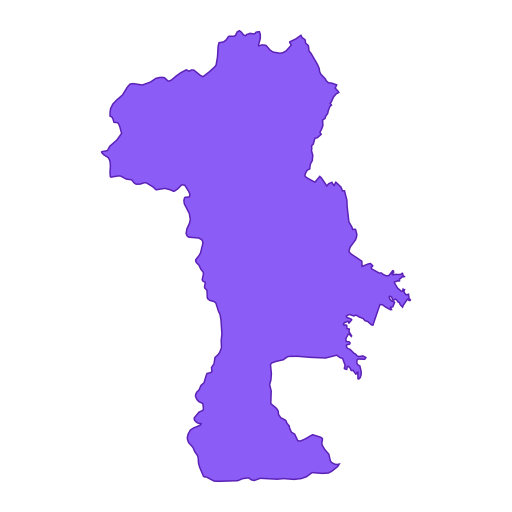 Phu Ninh, Quàng Nam, Vietnam (Natural Earth projection)
{"feature_id": "81297802B11022979046189", "entity_name": "Phu Ninh", "entity_type": "district", "adm_level": 2, "iso_a3": "VNM", "parent_name": "Vietnam", "parent_adm1": "Quàng Nam", "projection": "natural_earth1", "projection_center": [108.436, 15.511], "detail": "fine", "context": "isolated", "style": "filled", "palette": "violet", "viewbox_px": 512, "rotation_deg": 0, "n_neighbors": 0, "source": "geoboundaries", "source_scale": "gbopen_adm2", "svg_char_len": 6048}
<svg xmlns="http://www.w3.org/2000/svg" viewBox="0 0 512 512"><path d="M339.2,464.1L337.2,464.5L334.8,464.2L331.7,462.6L330.4,460.9L328.8,454.2L324.7,449.4L322.2,445.3L321.8,443.2L322.5,439.0L321.9,438.0L320.3,437.1L312.6,434.7L304.5,439.3L300.4,441.0L297.8,440.8L294.7,434.2L291.4,432.2L289.4,427.6L289.3,426.0L286.9,423.2L286.0,420.8L284.7,419.7L280.8,417.8L278.6,414.6L278.1,410.9L276.5,408.4L270.8,403.6L271.2,391.0L269.6,384.6L270.9,380.0L271.4,373.8L270.5,364.8L271.1,363.5L272.1,362.8L276.1,361.4L283.2,359.8L287.6,356.7L289.2,356.4L297.5,356.3L311.1,357.4L325.7,358.0L336.6,355.2L340.3,357.8L342.1,358.1L342.7,358.7L344.9,364.7L345.0,366.1L344.3,368.2L344.6,368.8L346.7,369.4L347.3,366.5L348.3,366.3L350.2,368.2L351.1,370.4L351.8,370.6L353.0,370.3L355.8,374.1L356.6,373.8L357.2,372.2L357.9,372.2L357.9,378.3L358.3,379.0L359.4,378.6L360.3,377.4L361.2,374.4L361.1,371.3L359.9,366.0L357.9,364.8L356.8,363.0L357.0,360.2L357.5,359.4L358.5,359.0L364.3,359.3L365.1,358.9L365.9,357.5L362.9,355.9L359.4,356.5L357.6,356.2L356.5,355.4L355.9,354.3L354.0,353.3L350.2,349.5L347.5,348.3L346.7,347.3L346.4,346.1L346.6,344.9L349.5,344.2L350.1,343.1L349.7,342.2L349.0,341.8L346.5,341.6L345.8,339.7L346.1,338.0L348.4,334.1L349.3,334.2L351.3,336.4L351.6,335.9L349.1,331.9L349.3,329.0L346.9,328.6L346.8,325.7L346.5,325.2L345.3,324.9L344.2,325.3L343.5,324.3L343.8,323.4L344.7,322.5L347.9,321.3L348.4,321.6L348.7,323.0L349.1,323.0L351.7,319.8L351.2,319.1L346.5,317.2L346.5,315.9L348.7,314.7L350.0,314.6L353.9,316.0L355.5,315.2L356.5,315.3L359.0,316.9L363.1,318.5L364.9,320.6L367.7,321.5L371.5,324.9L372.9,325.2L379.9,304.6L382.5,304.8L385.6,307.1L390.5,309.7L391.5,309.6L390.5,307.2L392.8,306.9L394.6,302.5L394.0,301.7L392.2,301.3L390.6,300.1L389.2,297.7L389.4,296.4L390.2,296.3L391.7,297.2L392.6,299.5L393.1,300.0L393.9,300.0L395.2,299.1L396.9,300.2L398.0,302.0L399.3,302.6L400.2,304.6L402.5,307.1L403.4,305.1L407.4,299.2L409.1,300.5L410.0,300.5L410.4,299.9L409.1,298.5L408.5,294.2L406.3,294.9L404.8,293.4L403.9,291.5L404.5,289.7L403.9,289.8L403.1,289.1L402.5,291.1L401.6,291.3L401.0,291.0L397.5,288.0L394.5,283.0L394.5,281.9L396.8,281.3L397.2,280.6L398.7,281.1L399.5,280.9L399.5,279.0L400.9,278.2L401.5,277.2L404.3,276.6L402.7,274.9L402.6,273.4L402.2,273.2L401.0,274.3L399.9,274.5L394.4,274.4L392.8,274.7L392.2,274.4L392.2,273.9L393.7,272.2L393.4,270.9L392.7,270.7L388.9,275.6L386.2,275.8L383.1,274.4L381.4,273.0L379.1,273.0L372.0,269.1L371.5,268.5L371.3,267.1L372.5,266.4L372.7,265.7L370.5,263.5L368.4,263.9L362.1,266.4L361.8,261.2L351.1,254.0L349.1,251.9L349.1,250.3L350.3,246.9L355.6,239.7L356.7,236.3L356.8,234.2L355.6,229.5L355.1,229.2L352.7,229.5L351.9,227.0L348.9,221.9L347.1,206.2L346.9,200.2L344.5,190.8L342.5,190.9L340.9,187.0L336.0,182.3L335.7,182.2L334.2,185.5L333.7,185.4L331.9,182.3L328.7,183.7L326.8,185.9L321.3,177.8L319.8,176.4L314.9,182.2L308.1,178.5L305.4,176.7L304.8,175.7L305.7,172.8L307.3,170.1L309.8,168.9L310.0,166.0L310.7,163.4L312.3,160.6L312.8,155.3L311.5,150.7L311.8,148.3L311.6,145.8L313.3,144.1L314.9,138.3L317.4,137.7L321.2,134.3L319.9,132.3L321.7,129.0L322.9,125.5L322.6,120.0L325.0,118.5L325.5,116.6L327.7,113.4L328.2,110.9L329.9,106.4L331.5,105.1L330.1,103.3L331.2,102.2L333.5,97.0L336.3,93.8L338.8,92.5L338.2,91.4L335.2,88.1L336.7,84.9L331.7,83.1L328.5,82.8L326.0,80.5L325.6,79.2L320.7,74.0L319.6,71.5L319.2,68.5L317.6,64.7L310.9,53.2L309.1,51.1L308.4,45.7L305.5,43.0L305.3,40.3L304.8,39.5L302.1,37.6L300.9,35.3L295.9,38.9L289.8,41.8L289.8,42.6L291.3,45.1L285.9,51.1L282.3,52.9L279.7,53.2L273.3,52.1L272.1,51.5L269.9,49.9L266.3,45.7L265.3,45.2L262.2,44.9L258.6,45.8L258.6,44.7L260.3,38.5L260.3,34.4L259.4,31.7L256.2,32.1L254.8,33.6L253.7,34.0L250.1,33.3L248.1,34.2L246.9,34.3L245.7,35.7L243.6,35.0L241.3,32.1L239.4,30.7L237.2,31.9L235.4,35.6L233.4,36.3L229.3,36.2L228.1,36.9L226.5,39.6L223.6,41.9L219.0,42.7L218.1,46.5L217.5,56.8L216.1,65.0L214.8,66.8L209.1,72.0L203.0,76.7L200.2,75.3L194.0,70.2L191.7,69.9L189.0,71.2L186.3,69.8L180.8,72.7L176.3,75.9L171.5,80.0L169.1,81.1L167.9,80.9L164.8,78.0L163.8,77.5L160.0,77.4L155.8,78.4L150.4,82.1L142.3,85.0L133.1,83.6L130.0,84.1L127.2,87.3L122.5,95.0L116.5,100.2L112.8,104.1L110.6,108.6L110.1,111.9L110.0,116.1L111.8,117.0L112.8,118.6L114.0,122.3L117.6,122.7L118.6,123.8L119.7,126.4L121.6,133.4L116.8,140.1L109.8,146.2L107.8,150.0L106.7,150.8L102.0,151.6L101.6,152.0L102.0,153.0L103.8,154.8L108.1,157.5L109.5,159.8L110.1,162.0L110.4,166.2L110.0,172.7L110.3,176.5L110.8,177.1L111.4,177.1L118.3,175.9L120.7,176.1L126.3,179.1L131.6,179.8L134.2,183.0L136.2,184.2L140.2,184.1L144.1,182.8L146.2,182.8L152.6,186.6L156.1,189.8L164.8,188.4L170.3,189.8L173.5,191.3L174.5,191.1L177.8,188.8L181.3,185.2L182.1,184.8L184.8,185.2L188.8,191.6L190.0,194.8L189.1,197.0L185.1,197.3L184.5,198.0L183.9,200.4L184.3,203.8L189.3,213.5L190.3,219.4L189.5,223.2L186.9,228.8L186.1,233.5L187.1,235.9L188.8,237.2L198.7,238.0L201.5,239.6L202.7,241.3L202.9,243.4L200.5,252.9L199.3,255.2L195.8,259.6L195.7,261.4L196.9,263.2L198.9,265.1L200.9,269.3L203.2,272.1L203.4,274.2L202.2,279.6L202.8,281.0L205.3,282.4L204.5,287.1L204.8,288.1L206.7,290.0L207.0,291.0L207.3,297.8L207.7,298.7L209.8,300.4L214.2,301.6L215.9,303.1L218.5,311.3L220.0,314.4L221.0,320.2L221.9,334.1L221.2,340.3L221.5,347.3L221.2,348.5L219.7,352.3L218.3,354.4L215.0,357.5L214.0,363.8L211.5,367.5L211.9,371.7L210.6,372.6L207.1,373.4L206.3,375.1L204.0,382.8L201.0,385.4L199.0,390.0L196.8,392.1L195.7,394.3L195.5,396.3L196.9,399.5L198.8,401.6L202.9,403.6L203.4,408.8L202.8,410.5L199.1,412.0L194.3,417.8L194.2,419.2L194.7,420.4L196.4,422.2L198.5,423.4L201.1,423.7L200.3,425.2L193.5,428.0L190.4,430.0L188.1,434.2L187.3,437.6L187.5,439.4L188.6,442.6L193.0,447.5L194.7,451.5L197.6,455.8L198.1,457.6L198.6,463.7L199.7,467.4L203.5,476.3L204.5,476.9L206.2,476.9L214.1,481.1L218.4,481.3L237.7,480.7L242.4,478.7L247.9,477.9L248.8,478.0L251.5,479.9L254.2,480.5L260.3,478.3L277.1,479.2L283.6,478.6L294.2,479.4L301.0,478.6L306.4,476.8L312.1,472.6L322.3,473.4L328.4,473.0L331.7,471.3L337.6,466.6L339.2,464.1Z" fill="#8b5cf6" stroke="#5b21b6" stroke-width="1.5"/></svg>